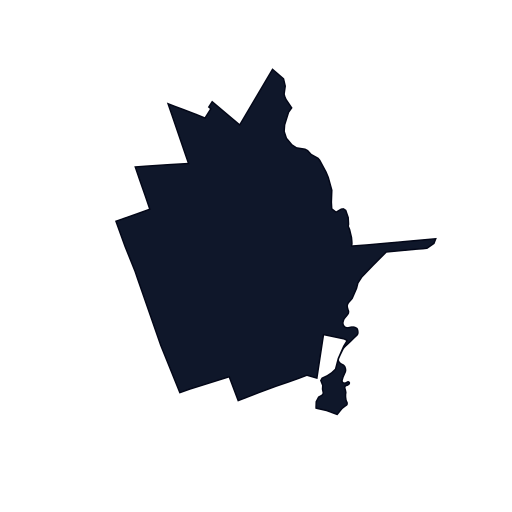 the district of Bujoru, Teleorman, Romania, rotated 220°
{"feature_id": "2599482B24334179401508", "entity_name": "Bujoru", "entity_type": "district", "adm_level": 2, "iso_a3": "ROU", "parent_name": "Romania", "parent_adm1": "Teleorman", "projection": "orthographic", "projection_center": [25.545, 43.726], "detail": "fine", "context": "isolated", "style": "filled", "palette": "ink", "viewbox_px": 512, "rotation_deg": 220, "n_neighbors": 0, "source": "geoboundaries", "source_scale": "gbopen_adm2", "svg_char_len": 2795}
<svg xmlns="http://www.w3.org/2000/svg" viewBox="0 0 512 512"><g transform="rotate(220 256 256)"><path d="M338.9,166.6L337.4,165.7L332.3,162.6L271.6,126.4L226.5,102.4L221.1,111.6L198.9,146.3L176.7,133.8L169.1,147.6L166.0,153.3L157.0,169.1L150.2,180.3L144.7,189.7L140.4,197.4L130.9,201.6L153.8,239.2L141.5,245.8L135.1,249.2L131.8,249.9L130.8,243.3L127.1,230.5L122.3,220.4L122.9,215.2L124.4,210.1L126.8,204.9L126.3,202.3L121.7,199.8L119.5,196.8L116.7,194.6L116.1,194.1L115.9,191.8L117.3,188.2L116.2,183.1L114.0,180.3L113.0,179.0L112.2,178.1L110.9,178.7L102.6,183.0L92.0,186.8L92.1,192.6L92.1,194.6L91.7,196.5L91.3,198.3L90.9,199.8L90.8,200.3L90.9,200.8L91.3,201.4L91.7,202.0L92.4,202.4L93.5,202.9L94.5,203.5L96.8,205.6L98.4,207.5L99.4,209.1L100.8,210.3L102.8,211.7L103.6,212.4L103.9,213.0L104.0,213.8L103.7,214.7L103.0,215.7L102.7,216.6L102.5,217.4L102.5,218.1L102.7,218.5L103.0,218.9L103.5,219.1L104.0,219.1L104.4,219.0L104.7,218.7L105.0,218.2L105.2,217.6L105.5,216.8L105.9,216.1L106.5,215.5L107.1,215.0L107.5,214.9L108.1,214.9L108.6,214.9L109.0,215.0L109.5,215.3L109.9,215.6L110.2,216.2L111.5,219.1L112.6,222.8L113.1,224.6L113.7,225.8L114.7,226.9L115.7,227.6L116.9,228.3L117.9,228.5L118.9,228.6L121.1,228.1L122.5,227.9L123.7,228.1L124.8,228.3L125.7,228.8L126.3,229.4L126.8,230.3L127.4,232.2L128.1,234.7L129.4,239.9L129.7,241.3L129.7,242.9L129.6,244.4L129.2,247.5L128.7,251.9L128.3,256.3L127.9,259.5L127.8,260.3L127.9,260.9L128.0,261.6L128.5,262.6L129.7,263.9L130.6,264.6L131.6,265.2L132.3,265.3L133.0,265.2L134.2,264.9L135.4,264.4L137.1,263.0L139.0,260.6L139.8,259.7L140.7,259.2L141.9,258.7L143.1,258.8L144.2,259.0L145.1,259.4L145.9,260.0L146.8,261.0L147.6,262.8L148.1,264.2L148.2,265.7L148.2,268.9L148.3,270.6L148.5,271.6L149.0,272.4L149.6,273.2L150.9,273.9L152.9,275.3L154.2,276.5L154.6,277.4L155.0,278.4L155.2,279.9L155.1,283.3L155.1,285.3L158.2,295.8L160.6,300.8L161.5,308.0L160.4,324.1L158.8,342.8L137.6,364.3L132.7,369.0L130.0,371.9L127.8,380.0L129.4,384.7L177.8,336.1L181.3,332.7L189.1,325.1L189.8,325.9L190.0,326.4L190.6,327.3L192.4,329.2L194.7,331.5L201.3,336.4L204.2,337.9L204.6,338.2L204.8,338.5L205.5,339.8L210.1,344.7L216.6,348.6L219.3,348.3L220.8,346.7L222.8,341.0L228.3,340.8L232.9,345.7L240.2,355.1L251.1,362.6L256.3,365.3L268.6,370.2L271.2,370.7L279.1,369.2L284.2,369.9L287.1,369.3L294.6,364.8L300.0,364.2L308.4,365.7L314.5,369.5L318.4,374.9L323.5,387.1L323.9,392.4L333.7,395.2L336.3,396.5L338.5,398.0L342.8,404.9L348.8,409.4L363.3,409.6L352.7,345.9L388.7,346.0L387.9,339.8L385.2,339.8L383.7,328.9L392.1,326.2L405.5,321.6L414.4,318.4L421.2,316.1L410.2,309.5L391.0,297.9L374.6,288.0L367.1,283.5L380.9,270.5L397.9,254.2L405.7,246.6L394.1,239.6L378.8,230.5L367.4,223.6L374.6,211.2L385.6,192.6L362.5,179.2L338.9,166.6Z" fill="#0f172a" stroke="#020617" stroke-width="1.5"/></g></svg>